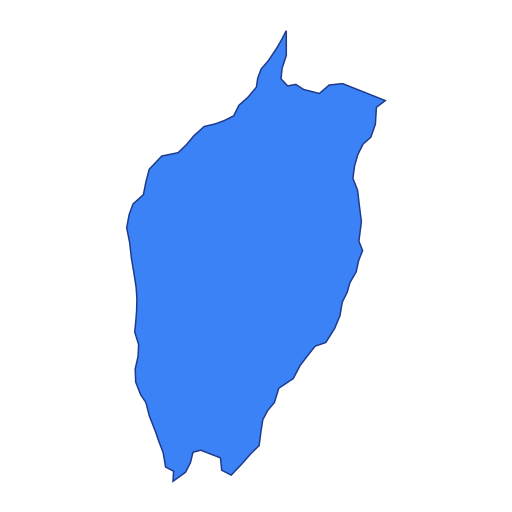 outline of Dirce Reis, São Paulo, Brazil
{"feature_id": "56859067B30204819137287", "entity_name": "Dirce Reis", "entity_type": "district", "adm_level": 2, "iso_a3": "BRA", "parent_name": "Brazil", "parent_adm1": "São Paulo", "projection": "natural_earth1", "projection_center": [-50.628, -20.447], "detail": "fine", "context": "isolated", "style": "filled", "palette": "blue", "viewbox_px": 512, "rotation_deg": 0, "n_neighbors": 0, "source": "geoboundaries", "source_scale": "gbopen_adm2", "svg_char_len": 1267}
<svg xmlns="http://www.w3.org/2000/svg" viewBox="0 0 512 512"><path d="M250.7,453.8L259.1,445.6L261.1,430.4L262.8,419.7L267.6,410.6L274.4,402.5L278.8,388.2L293.3,378.5L300.1,365.5L307.8,355.4L315.2,346.1L325.8,342.5L334.7,328.3L340.0,315.6L342.2,302.3L347.2,292.2L349.9,282.7L356.2,271.8L358.7,260.4L362.6,250.5L358.9,241.3L360.1,231.8L361.4,221.7L359.2,204.3L357.6,190.3L352.9,178.4L354.6,165.7L357.9,154.4L363.1,144.0L370.8,137.2L375.4,124.2L376.4,107.3L385.3,100.6L342.6,83.6L329.2,85.0L319.3,93.5L303.7,89.5L295.8,84.4L287.6,85.9L281.0,78.8L282.1,68.3L286.3,55.5L286.3,30.7L281.3,40.2L276.6,48.3L268.4,60.6L261.1,69.1L257.7,78.2L256.4,87.1L248.2,97.0L238.9,105.3L233.7,115.8L224.2,120.6L214.8,124.0L204.2,126.5L194.0,135.6L186.6,144.5L178.1,152.7L161.8,156.0L149.2,169.3L145.9,182.0L143.4,194.6L133.1,203.9L129.2,214.4L126.7,227.7L129.7,242.9L131.4,258.2L133.9,272.8L136.1,287.1L136.9,298.4L136.6,310.6L135.7,322.3L134.7,332.0L138.6,344.5L138.1,356.2L135.2,369.0L135.7,382.1L140.7,394.8L145.9,402.5L149.3,415.8L155.4,431.4L159.1,442.1L163.1,452.4L165.6,467.0L173.6,471.2L173.0,481.3L185.6,472.2L190.5,462.5L193.0,452.2L200.7,450.2L211.5,454.4L220.5,457.9L221.7,470.2L231.2,475.1L241.9,463.9L250.7,453.8Z" fill="#3b82f6" stroke="#1e3a8a" stroke-width="1.5"/></svg>